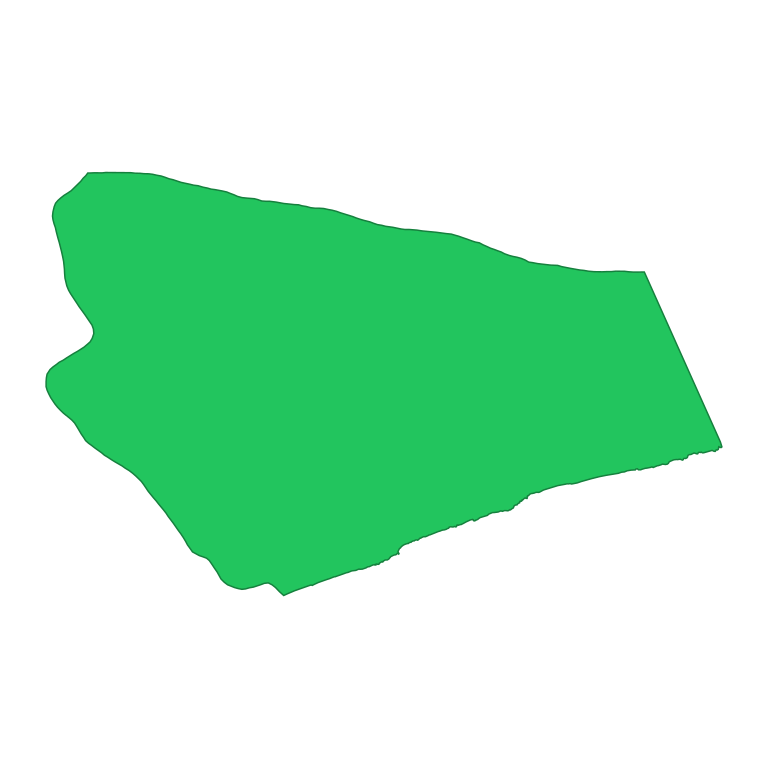 Hawf, Al Mahrah, Yemen
{"feature_id": "15242507B7565801089372", "entity_name": "Hawf", "entity_type": "district", "adm_level": 2, "iso_a3": "YEM", "parent_name": "Yemen", "parent_adm1": "Al Mahrah", "projection": "orthographic", "projection_center": [52.824, 16.701], "detail": "fine", "context": "isolated", "style": "filled", "palette": "green", "viewbox_px": 768, "rotation_deg": 0, "n_neighbors": 0, "source": "geoboundaries", "source_scale": "gbopen_adm2", "svg_char_len": 6048}
<svg xmlns="http://www.w3.org/2000/svg" viewBox="0 0 768 768"><path d="M644.3,272.0L637.1,272.1L633.5,272.1L628.9,271.8L624.6,271.3L615.7,271.2L611.5,271.6L607.2,271.6L602.4,271.8L594.2,271.7L588.5,271.2L583.9,270.4L579.8,270.0L570.2,268.3L561.6,266.6L557.7,265.4L550.6,265.1L543.6,264.3L537.6,263.6L532.4,262.6L528.7,262.1L525.1,260.0L521.2,258.4L516.9,257.2L512.8,256.4L509.4,255.5L504.6,253.8L501.2,252.0L497.8,250.8L494.1,249.4L490.5,248.2L487.1,246.6L483.2,244.9L479.3,242.8L475.5,242.1L471.8,240.9L467.5,239.3L462.5,237.6L458.6,236.2L455.0,235.2L451.3,234.1L446.3,233.6L436.5,232.3L422.0,230.9L416.9,230.1L409.4,229.5L405.0,229.5L401.1,229.0L392.9,227.3L385.6,226.3L381.8,225.3L377.4,224.6L373.3,223.2L369.7,221.8L364.0,220.4L359.9,219.2L356.3,218.0L352.8,216.6L340.5,212.8L336.7,211.4L332.1,210.2L328.2,209.5L323.7,208.5L318.9,208.2L315.0,208.2L310.7,207.7L306.3,206.5L302.0,205.8L298.6,204.8L294.3,204.6L289.9,204.1L283.8,203.5L276.2,202.1L269.8,201.3L266.2,201.3L261.8,201.0L257.8,199.6L254.3,198.7L246.8,198.1L242.0,197.6L237.5,196.4L234.0,194.8L230.2,193.4L226.8,192.0L222.4,191.0L214.9,189.6L211.0,189.1L207.6,188.1L203.1,187.2L198.0,185.7L193.7,185.2L190.1,184.3L181.2,182.4L173.0,179.7L169.1,178.8L164.8,177.2L161.1,176.0L156.6,175.2L152.7,174.3L148.8,173.8L144.0,173.7L140.1,173.3L135.3,173.2L130.8,172.7L105.7,172.5L102.0,172.9L94.5,172.8L90.1,173.0L87.8,173.0L85.8,175.7L83.2,178.2L80.7,181.4L71.2,190.7L67.8,193.0L64.1,195.3L60.9,197.8L57.9,200.5L55.6,203.2L54.2,206.7L53.0,211.7L52.5,216.1L53.0,219.7L54.1,223.9L55.4,227.6L56.3,231.7L57.2,235.2L58.1,238.6L59.2,242.3L61.6,251.8L62.7,256.8L63.6,261.4L64.0,265.1L64.4,269.0L64.6,273.4L65.0,278.2L66.8,285.8L68.6,290.2L70.6,293.7L76.2,302.2L79.2,306.8L84.8,314.5L92.0,325.1L93.4,329.0L93.8,333.6L92.2,338.4L90.1,341.9L86.8,344.8L84.1,347.1L77.4,351.4L73.8,353.4L66.9,357.7L63.2,360.2L59.3,362.2L56.1,364.7L52.9,367.0L50.1,369.5L47.1,374.1L46.4,377.7L46.1,381.6L46.1,386.7L47.2,390.4L48.8,393.9L50.8,397.8L55.1,404.2L57.8,407.5L60.7,410.5L63.4,413.1L66.2,415.4L69.1,417.7L71.8,420.0L74.6,423.0L77.6,427.8L81.3,434.1L83.6,437.4L85.6,440.6L88.5,443.2L91.7,445.5L94.9,448.0L101.5,452.7L104.4,455.2L107.6,457.1L111.5,459.7L114.9,461.8L122.2,466.0L125.1,468.1L129.2,470.6L132.6,473.2L135.8,476.0L138.7,478.8L141.4,481.5L143.7,484.6L146.0,488.0L148.2,491.3L153.4,497.7L156.1,500.8L158.6,504.0L163.6,510.0L166.1,513.2L168.1,516.3L173.3,523.2L178.3,530.4L180.7,533.6L183.5,537.8L185.7,541.5L187.5,544.9L190.2,548.6L192.5,551.9L199.3,555.6L202.9,556.8L206.6,558.2L209.3,560.5L212.0,564.4L214.3,567.9L217.2,572.1L221.0,579.0L224.2,582.2L227.6,584.8L234.7,587.6L238.3,588.6L241.9,589.3L245.6,588.9L249.3,587.8L253.4,587.1L260.7,584.7L264.4,583.3L268.3,582.9L272.1,584.8L275.5,587.5L279.5,591.7L283.7,595.5L287.4,593.8L294.7,590.7L310.6,585.1L311.4,585.1L312.3,585.4L314.2,584.4L318.3,582.5L326.8,579.5L329.4,578.7L334.1,576.8L335.0,576.8L346.2,572.8L348.1,572.4L351.7,570.9L355.8,570.4L358.6,569.2L359.3,569.1L359.7,569.3L362.4,569.1L366.2,567.8L367.7,566.8L369.2,566.7L373.0,564.9L373.4,564.8L374.0,564.9L375.2,564.5L375.2,565.0L375.9,565.0L376.1,564.4L376.7,564.0L377.5,564.3L378.6,564.3L379.3,563.8L379.4,563.2L381.9,561.7L382.3,561.6L382.7,562.0L383.1,561.7L383.4,561.2L384.1,560.6L385.2,560.0L387.4,559.9L389.0,558.9L389.8,557.7L390.2,557.5L390.5,556.8L393.2,555.4L394.6,554.9L395.8,554.8L396.4,554.3L397.2,553.5L397.6,553.4L398.7,554.1L399.0,553.6L398.1,552.0L398.0,551.6L398.9,549.6L399.4,548.7L400.5,547.8L401.4,546.6L403.5,545.0L406.0,543.9L406.7,543.8L407.5,543.5L408.3,543.5L409.1,542.8L410.2,542.3L411.0,542.3L411.7,541.6L413.2,540.9L414.2,540.9L415.3,540.1L417.0,539.9L417.6,540.2L418.2,539.9L420.0,538.2L420.8,538.2L421.1,537.8L423.5,536.7L425.5,536.7L427.9,535.7L428.8,535.1L430.1,534.8L438.1,531.6L440.5,530.9L441.3,530.5L442.9,530.0L443.8,530.0L446.0,529.4L447.2,528.7L448.6,528.2L449.2,527.2L449.7,527.1L450.3,526.8L451.4,526.8L452.0,527.0L453.5,526.9L453.9,526.6L454.3,526.5L454.8,526.5L455.1,526.8L456.0,526.9L456.6,526.4L456.7,526.0L456.6,525.9L456.6,525.6L456.8,525.3L457.1,525.1L457.4,525.0L457.7,525.2L458.7,525.2L459.0,524.9L459.8,524.8L460.5,524.5L461.0,524.6L463.6,523.3L466.1,521.9L470.5,519.9L471.8,519.6L472.7,519.4L473.1,519.6L473.3,519.8L473.3,520.2L473.4,520.5L473.8,520.8L474.1,520.8L474.6,520.9L475.5,520.5L475.5,520.2L476.0,520.1L477.8,519.4L478.6,518.6L480.1,517.6L487.4,515.4L488.8,514.1L492.4,512.6L494.4,512.5L498.2,512.0L500.8,510.9L501.6,511.1L502.3,511.3L502.8,511.2L504.4,510.6L505.9,510.6L507.9,510.8L508.9,510.4L509.8,509.7L510.5,509.9L511.2,509.3L511.8,508.9L512.0,508.6L513.1,508.1L513.4,507.8L513.9,506.4L514.3,505.7L515.5,505.0L517.0,504.9L517.3,504.3L518.5,503.2L519.4,502.9L519.7,502.7L519.7,502.0L519.7,501.6L520.2,501.2L520.7,501.3L521.3,501.2L521.6,501.1L521.8,500.4L522.1,499.9L522.4,499.8L522.7,500.0L523.4,499.2L524.7,498.1L525.3,498.0L526.1,498.4L527.1,498.4L527.2,496.8L527.6,496.6L527.6,495.8L528.7,495.4L530.1,494.0L531.1,493.6L532.1,493.5L534.4,493.0L535.8,492.4L536.9,492.3L538.8,492.4L540.2,491.8L543.5,490.0L557.8,485.6L564.8,484.3L567.1,483.8L568.4,483.9L570.0,483.6L571.6,484.0L577.3,482.9L581.0,481.6L591.3,478.7L599.2,476.7L606.2,475.3L618.4,473.3L621.6,472.2L624.5,471.9L627.1,470.8L631.3,470.1L635.3,469.9L635.7,469.2L636.6,468.9L637.4,468.8L638.5,469.8L640.8,469.8L641.8,469.3L645.2,468.3L646.9,468.1L650.6,467.4L651.9,466.9L653.2,467.5L657.2,465.8L658.5,465.6L661.0,464.8L662.4,464.1L665.6,464.5L667.4,464.1L668.5,463.2L668.8,462.3L670.0,461.4L673.8,459.8L676.5,459.5L677.8,459.6L679.0,459.3L680.4,459.3L682.4,460.1L683.2,459.7L683.4,459.0L683.9,458.4L684.6,458.4L685.6,458.5L687.0,457.8L687.6,456.9L687.8,455.8L688.3,455.1L689.5,454.6L690.9,454.5L694.1,453.0L697.0,453.9L697.7,453.8L698.3,452.7L698.7,452.4L699.4,452.3L700.4,452.5L701.2,452.1L702.3,452.8L703.6,452.8L712.1,450.4L714.1,451.3L715.2,451.4L715.8,450.6L716.2,449.9L716.7,449.8L717.3,450.0L718.2,449.4L718.7,447.8L718.6,447.2L718.8,446.7L719.4,447.0L721.0,447.6L721.9,446.9L720.4,442.0L644.3,272.0Z" fill="#22c55e" stroke="#15803d" stroke-width="1.5"/></svg>